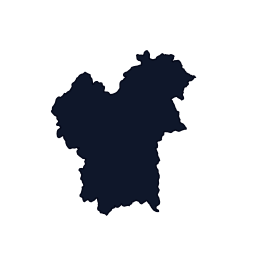 Jequitinhonha, Minas Gerais, Brazil, rotated 307°
{"feature_id": "56859067B30834416316700", "entity_name": "Jequitinhonha", "entity_type": "district", "adm_level": 2, "iso_a3": "BRA", "parent_name": "Brazil", "parent_adm1": "Minas Gerais", "projection": "orthographic", "projection_center": [-41.068, -16.402], "detail": "fine", "context": "isolated", "style": "filled", "palette": "ink", "viewbox_px": 256, "rotation_deg": 307, "n_neighbors": 0, "source": "geoboundaries", "source_scale": "gbopen_adm2", "svg_char_len": 5804}
<svg xmlns="http://www.w3.org/2000/svg" viewBox="0 0 256 256"><g transform="rotate(307 128 128)"><path d="M146.5,60.3L144.1,59.8L142.8,58.7L141.4,58.0L140.5,57.8L138.3,57.9L137.0,57.3L135.6,57.7L133.8,57.9L132.4,57.8L130.4,57.1L129.5,57.1L129.0,57.3L127.8,58.5L127.0,58.9L123.0,59.3L122.3,59.2L120.2,58.2L118.1,58.0L117.6,57.4L117.2,56.6L114.9,56.8L112.2,56.2L111.6,55.8L111.4,55.1L111.1,54.3L110.2,53.8L108.5,53.6L107.6,53.7L104.9,54.9L103.3,55.3L101.4,55.5L99.3,55.4L98.1,56.1L97.2,57.0L96.5,56.8L95.5,56.9L95.1,57.5L94.9,58.0L94.2,61.6L94.6,63.7L94.5,64.5L93.4,65.3L92.8,65.8L92.5,66.5L92.4,67.8L91.4,69.0L90.8,69.2L90.2,69.0L88.2,68.9L87.7,69.2L87.7,69.8L88.5,71.0L88.7,71.7L88.7,72.4L88.2,73.6L87.6,74.1L86.9,74.2L84.8,73.5L84.0,73.4L82.8,73.8L80.8,75.0L78.9,76.9L78.7,77.6L78.9,78.6L80.3,79.4L82.5,80.0L82.9,81.4L82.7,82.1L81.6,82.7L81.3,83.3L80.2,86.5L79.4,87.0L78.8,87.6L77.5,89.5L76.5,92.5L76.6,93.7L77.2,94.4L78.6,95.1L80.0,97.3L81.7,98.6L82.0,99.4L81.7,100.0L82.3,100.4L82.5,101.0L80.8,101.4L79.2,101.3L78.5,101.6L76.9,103.7L76.9,104.7L76.7,105.7L76.8,109.0L76.7,110.0L77.7,111.9L77.8,112.9L77.0,113.5L75.2,113.8L74.5,115.1L73.4,116.1L72.5,116.1L71.7,116.0L70.5,116.1L68.8,116.9L68.1,116.6L67.7,115.6L66.5,114.2L65.6,114.1L64.9,114.5L64.7,116.2L64.4,117.0L63.8,117.4L63.6,118.7L61.8,120.0L59.6,120.6L58.9,121.1L58.8,123.0L57.4,124.5L56.7,126.3L55.3,127.7L54.4,127.7L53.2,127.2L52.9,127.7L51.7,128.5L47.6,130.2L46.6,130.1L45.7,130.2L44.9,130.8L44.9,131.7L45.3,133.5L45.0,134.1L44.3,134.7L43.0,136.6L43.2,137.5L45.0,137.9L46.5,138.7L47.2,139.5L46.7,140.9L46.6,141.5L47.0,142.8L50.4,144.4L52.4,144.5L52.9,144.7L53.4,145.2L53.6,145.9L51.3,148.4L50.6,149.5L50.0,150.1L49.2,150.4L48.1,151.5L46.4,151.9L45.4,152.5L44.9,153.1L44.7,153.8L45.0,154.7L44.9,155.5L44.0,157.0L44.2,157.6L44.9,157.8L45.0,159.4L45.8,160.9L45.9,161.9L45.7,163.2L46.6,163.4L48.2,163.2L49.6,163.3L52.2,163.9L54.0,163.4L56.0,164.8L56.8,164.8L57.7,164.4L58.0,165.0L57.8,165.6L58.4,167.0L58.9,167.6L60.4,168.1L63.4,168.5L63.5,169.1L63.1,169.8L63.0,170.5L63.4,171.8L63.9,172.4L64.8,172.9L65.4,173.6L66.1,174.1L66.7,174.9L66.8,175.5L68.3,175.5L69.0,176.0L70.0,176.2L70.6,175.8L71.5,175.7L71.9,176.3L72.9,176.6L75.2,177.9L76.1,180.5L76.1,181.1L75.6,182.7L75.5,183.5L75.9,184.5L78.0,185.1L79.3,185.7L81.1,186.1L81.3,186.8L81.3,187.7L80.6,189.9L80.6,191.0L79.8,192.5L79.4,193.8L79.0,194.5L78.1,197.8L78.5,200.6L78.9,201.4L79.7,202.4L80.4,201.8L80.1,199.8L80.3,198.9L80.8,198.3L82.1,197.5L82.7,197.5L85.5,198.4L86.3,198.5L87.4,197.9L88.2,197.3L90.6,194.5L91.3,192.8L92.2,191.4L92.9,191.1L96.6,190.3L97.2,190.0L97.9,188.2L98.8,186.8L100.5,186.3L102.1,185.6L104.1,183.7L105.4,183.0L106.9,182.7L108.8,181.3L110.3,178.8L111.0,178.2L111.7,177.8L112.4,177.0L113.0,175.0L113.9,173.7L115.0,172.7L115.8,172.4L116.7,172.4L117.3,173.0L118.0,173.0L119.8,172.2L120.5,172.6L121.1,172.6L122.5,170.5L123.2,168.9L124.2,167.6L125.5,166.8L126.0,166.1L127.4,163.6L128.5,162.1L129.3,162.7L130.2,162.9L131.7,162.0L132.2,161.3L132.7,161.1L133.3,159.8L134.2,159.5L135.1,159.3L135.9,159.7L136.6,160.5L138.4,161.5L139.2,161.3L139.5,160.7L141.9,159.9L142.6,159.8L143.9,160.4L144.5,160.1L145.9,159.1L146.9,159.1L147.8,159.9L148.2,160.7L148.8,161.3L150.2,164.7L151.0,165.3L152.4,165.5L154.5,166.7L155.0,167.1L155.9,170.1L156.6,170.9L158.9,172.1L159.8,172.8L161.0,173.5L161.5,174.3L162.3,174.9L162.9,174.2L163.2,172.5L163.6,171.9L164.1,169.6L163.6,167.1L163.7,166.1L164.6,165.0L166.0,164.2L166.2,163.3L167.8,161.0L169.4,160.2L170.4,159.3L171.1,159.0L171.1,158.1L170.7,157.2L170.7,156.3L171.1,155.5L171.6,155.0L172.3,153.4L174.3,150.5L175.2,148.2L176.0,147.3L176.2,146.6L176.1,145.9L176.4,145.3L177.0,145.0L178.0,145.1L180.6,146.1L182.2,147.2L182.8,148.1L182.6,149.7L183.1,152.3L182.9,153.9L184.5,154.6L185.2,154.3L185.7,153.7L186.2,153.0L186.6,152.0L187.2,151.2L187.9,150.9L189.7,150.5L190.3,149.3L190.9,149.2L191.5,149.3L193.7,148.3L194.4,148.3L195.2,148.6L196.0,149.4L197.0,149.3L199.1,149.7L200.0,149.1L200.3,148.0L201.1,147.9L201.7,148.2L202.5,148.2L203.0,148.6L203.8,149.7L205.1,150.2L205.8,150.4L208.1,150.3L208.9,151.1L209.3,150.1L209.0,149.1L208.0,148.7L208.1,147.8L208.0,147.0L207.4,146.2L207.6,144.5L207.3,143.7L207.3,142.7L206.9,142.0L206.9,141.3L207.3,140.7L207.6,138.9L208.5,137.0L208.1,136.2L208.1,135.3L208.6,134.5L209.3,133.8L210.1,133.6L210.3,132.6L211.6,130.7L212.2,128.8L212.0,127.4L211.3,126.8L209.3,124.5L208.4,124.4L207.9,123.7L208.4,122.6L209.1,122.2L209.7,122.1L210.3,122.5L210.9,122.3L211.4,121.8L212.9,121.4L213.0,120.7L212.6,118.9L212.2,118.1L211.6,117.7L210.7,117.4L210.4,116.8L210.1,116.0L209.3,114.8L209.1,114.0L208.4,113.7L208.0,113.1L207.9,110.9L207.4,110.6L204.7,110.0L203.9,109.4L202.3,108.7L201.6,108.6L199.9,109.0L197.4,107.0L197.1,106.4L196.3,104.0L196.5,103.0L197.1,102.4L199.6,100.7L200.4,99.4L200.4,98.7L201.1,97.2L200.9,96.6L200.2,96.1L198.9,95.8L198.1,95.8L196.4,96.6L195.4,96.6L194.8,96.3L193.9,94.6L192.8,93.4L192.4,91.7L191.8,91.3L191.1,91.4L190.6,92.1L189.3,93.3L188.7,94.0L188.6,94.9L188.6,95.9L189.4,97.3L189.2,98.4L188.8,99.3L186.7,100.7L185.9,100.6L185.5,100.1L182.8,98.3L182.1,97.5L180.2,95.8L179.4,95.4L179.0,94.9L178.3,94.7L176.5,94.9L173.5,94.1L172.3,93.9L170.6,92.6L169.2,92.2L168.3,92.3L167.6,92.8L167.3,93.3L167.2,94.0L167.7,94.7L167.6,95.5L166.3,95.7L164.5,95.4L163.6,95.6L162.9,95.4L161.6,94.6L160.8,94.5L159.4,94.7L158.3,95.3L155.5,97.5L154.8,97.9L152.5,97.9L150.9,98.0L149.9,97.8L148.2,97.2L145.6,95.6L143.9,93.9L143.9,92.8L144.4,91.1L144.2,90.2L142.4,87.5L142.5,86.8L143.6,85.8L145.1,85.3L146.5,84.4L146.7,83.5L146.1,82.7L146.2,82.0L147.4,80.9L147.9,80.1L147.6,79.2L146.2,77.8L146.2,77.2L146.5,75.8L146.1,75.1L145.6,74.6L144.9,74.3L144.0,74.0L142.2,74.2L141.7,73.7L142.4,72.6L145.0,69.9L145.5,69.1L145.8,67.3L147.5,65.6L146.9,63.2L146.5,60.3Z" fill="#0f172a" stroke="#020617" stroke-width="1.5"/></g></svg>